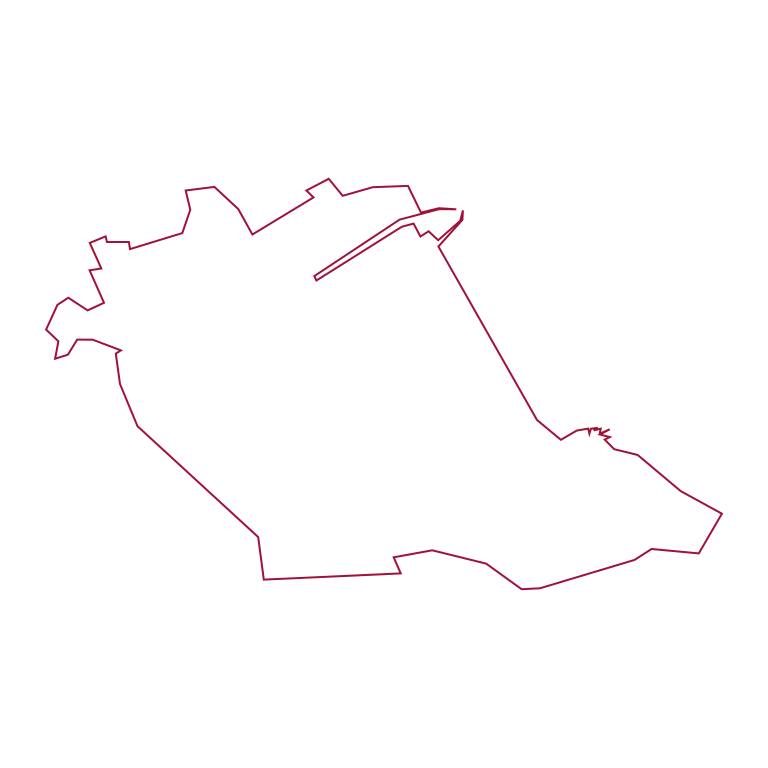 outline of Bray East Lea-4, Dún Laoghaire–Rathdown, Ireland
{"feature_id": "5873133B23130465249545", "entity_name": "Bray East Lea-4", "entity_type": "district", "adm_level": 2, "iso_a3": "IRL", "parent_name": "Ireland", "parent_adm1": "Dún Laoghaire–Rathdown", "projection": "natural_earth1", "projection_center": [-6.106, 53.199], "detail": "fine", "context": "isolated", "style": "outline", "palette": "rose", "viewbox_px": 768, "rotation_deg": 0, "n_neighbors": 0, "source": "geoboundaries", "source_scale": "gbopen_adm2", "svg_char_len": 1063}
<svg xmlns="http://www.w3.org/2000/svg" viewBox="0 0 768 768"><path d="M55.1,358.7L67.9,354.7L77.2,339.6L92.7,339.7L120.9,350.4L115.8,353.6L120.0,384.0L137.5,426.2L258.2,537.1L263.8,579.6L400.7,573.4L393.7,557.3L432.2,550.3L486.1,563.6L521.6,589.2L539.8,588.3L634.6,559.9L651.5,549.0L698.8,553.4L721.9,513.7L680.8,491.2L637.7,455.0L614.2,449.2L604.7,439.6L609.8,437.1L600.0,434.5L609.7,429.3L599.8,433.7L600.7,428.7L593.7,430.4L597.8,427.9L590.9,428.7L589.4,433.7L588.2,428.6L576.7,430.6L560.9,439.8L537.0,420.0L438.4,246.5L462.4,219.9L462.9,210.4L460.2,220.8L438.2,240.2L428.6,231.3L420.4,236.5L413.6,223.6L401.9,226.7L316.4,280.5L314.3,276.1L399.6,219.6L439.4,209.1L456.3,209.3L439.0,208.2L421.0,212.6L408.0,185.9L372.8,187.2L342.7,195.8L328.7,178.8L306.4,190.5L313.5,197.4L252.4,234.5L238.3,209.1L214.4,186.9L185.7,190.5L190.3,209.8L182.3,233.1L130.0,249.1L128.9,242.0L107.0,242.0L105.6,236.4L89.8,242.9L101.3,268.5L89.6,270.3L104.0,302.8L87.6,310.4L68.3,297.7L57.4,304.9L46.1,329.6L58.4,341.3L55.1,358.7Z" fill="none" stroke="#9f1239" stroke-width="2"/></svg>